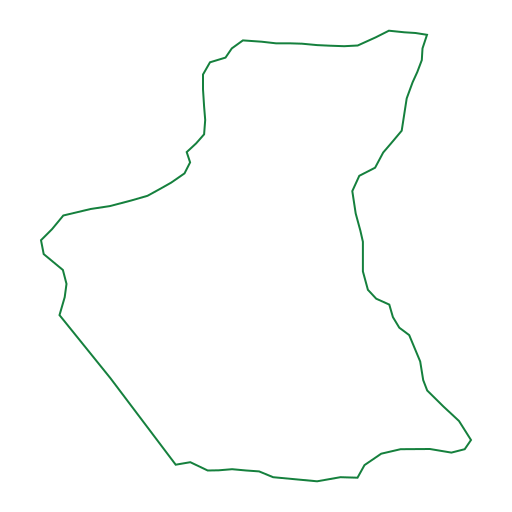 the district of Tibau do Sul, Rio Grande do Norte, Brazil, rotated 270°
{"feature_id": "56859067B6492648908192", "entity_name": "Tibau do Sul", "entity_type": "district", "adm_level": 2, "iso_a3": "BRA", "parent_name": "Brazil", "parent_adm1": "Rio Grande do Norte", "projection": "mercator", "projection_center": [-35.09, -6.24], "detail": "fine", "context": "isolated", "style": "outline", "palette": "green", "viewbox_px": 512, "rotation_deg": 270, "n_neighbors": 0, "source": "geoboundaries", "source_scale": "gbopen_adm2", "svg_char_len": 1181}
<svg xmlns="http://www.w3.org/2000/svg" viewBox="0 0 512 512"><g transform="rotate(270 256 256)"><path d="M47.3,175.7L49.8,190.3L41.5,207.7L41.7,218.8L42.8,232.1L41.5,246.3L40.6,259.1L34.8,273.1L30.7,317.1L34.8,340.4L34.3,357.5L46.9,364.5L58.3,381.2L62.8,400.6L63.0,429.9L59.4,451.4L62.8,464.7L72.0,471.0L91.0,459.0L105.6,443.3L121.5,427.2L131.9,423.2L150.5,420.2L176.9,409.2L184.3,399.3L194.9,392.9L207.4,389.3L213.3,376.2L222.2,367.9L240.6,362.9L253.9,362.9L270.2,362.9L281.2,360.4L298.5,355.7L320.9,352.3L336.2,359.3L344.3,375.1L359.5,383.2L368.7,391.1L381.3,401.7L413.6,406.7L429.7,412.6L440.0,417.3L451.9,421.8L463.6,422.5L477.2,427.0L479.0,415.5L479.7,404.4L481.3,388.9L474.6,375.6L466.5,357.7L465.8,344.2L466.3,329.8L466.9,317.1L468.3,302.0L468.7,289.2L468.7,275.8L470.3,261.6L471.6,242.9L463.6,231.8L454.4,225.5L449.7,210.0L437.5,203.0L422.7,203.0L405.5,204.1L392.0,205.2L377.7,204.1L368.7,196.2L359.9,186.7L349.6,190.1L338.6,184.5L329.4,171.2L322.9,159.7L316.2,147.5L311.5,131.2L305.9,109.8L303.0,90.6L296.5,63.3L282.8,52.0L271.8,41.0L257.9,43.7L242.0,62.9L228.1,66.5L214.8,64.7L196.9,59.5L133.7,110.5L47.3,175.7Z" fill="none" stroke="#15803d" stroke-width="2"/></g></svg>